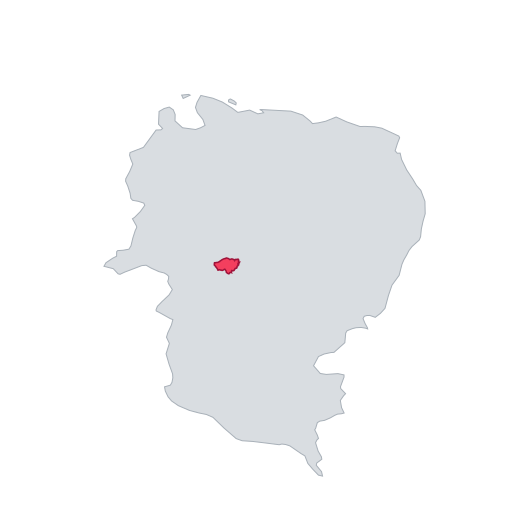 Chamkar Leu, Kâmpóng Cham, Cambodia shown in context, rotated 117°
{"feature_id": "14789045B22200339041976", "entity_name": "Chamkar Leu", "entity_type": "district", "adm_level": 2, "iso_a3": "KHM", "parent_name": "Cambodia", "parent_adm1": "Kâmpóng Cham", "projection": "robinson", "projection_center": [105.255, 12.251], "detail": "fine", "context": "in_parent", "style": "filled", "palette": "rose", "viewbox_px": 512, "rotation_deg": 117, "n_neighbors": 0, "source": "geoboundaries", "source_scale": "gbopen_adm2", "svg_char_len": 6125}
<svg xmlns="http://www.w3.org/2000/svg" viewBox="0 0 512 512"><g transform="rotate(117 256 256)"><path d="M421.9,96.8L422.9,100.9L420.2,108.6L417.3,115.6L411.9,121.7L411.6,126.2L409.8,139.7L410.5,144.0L411.8,147.6L413.6,149.6L418.3,162.7L422.7,174.7L426.9,184.5L427.7,190.8L423.8,206.5L419.3,221.0L419.7,228.2L421.7,235.4L423.8,245.0L424.6,257.3L423.5,265.4L421.4,270.4L417.5,275.5L414.1,278.1L410.0,273.7L406.7,273.5L402.3,274.8L398.9,276.8L391.8,284.4L384.0,291.7L373.2,293.5L369.0,298.9L364.5,299.7L356.0,300.0L350.4,301.2L350.7,303.9L350.2,316.8L350.3,319.8L349.5,320.6L345.6,321.0L339.1,319.0L330.2,315.8L323.9,315.3L320.6,320.9L318.7,323.1L316.3,323.5L313.8,324.5L313.0,327.0L312.8,330.1L314.0,335.4L314.4,343.9L314.1,349.7L316.4,353.4L330.0,365.7L334.0,368.8L334.5,370.7L332.1,377.4L334.2,386.8L330.0,386.6L322.9,382.6L319.5,380.1L315.4,382.1L314.0,381.7L311.2,377.0L307.6,372.3L303.8,372.0L295.9,373.9L287.9,375.2L284.8,375.2L283.6,376.0L278.9,383.0L276.9,381.8L268.8,379.2L261.4,378.1L259.8,380.0L260.7,385.7L262.4,391.3L261.4,393.7L257.3,396.6L251.9,402.0L248.6,406.1L246.3,407.1L238.1,406.9L230.0,407.5L226.7,411.4L223.6,414.4L221.0,415.2L210.3,405.6L189.1,402.2L186.8,398.0L184.8,397.1L182.8,402.7L171.2,408.0L166.3,404.8L162.7,400.9L163.3,396.1L166.6,392.3L172.4,389.5L175.1,379.7L170.7,367.2L166.9,363.6L162.8,360.7L158.5,365.3L154.9,373.3L151.1,377.4L145.8,378.3L138.0,378.0L135.0,366.1L134.1,355.9L135.1,344.3L136.3,337.4L128.9,327.9L128.5,318.9L124.9,314.2L123.8,316.6L123.9,319.2L122.9,317.3L111.1,290.7L109.2,278.4L111.2,269.0L112.4,265.8L109.0,260.8L104.3,255.1L95.8,247.7L95.3,236.0L93.4,222.1L90.9,217.4L87.0,208.9L85.0,201.9L84.3,183.2L85.4,181.7L91.4,181.1L99.1,179.8L100.3,176.8L98.9,174.3L103.9,170.1L110.9,160.8L116.4,151.1L120.3,145.0L122.7,138.9L130.6,130.3L141.6,124.4L149.0,123.0L156.7,121.0L164.1,118.1L167.6,117.8L176.8,121.3L181.7,122.2L186.9,122.2L192.3,122.5L197.1,122.2L208.3,119.7L220.2,121.6L230.9,120.1L244.1,117.3L250.6,119.1L256.5,121.9L257.3,127.6L258.7,130.2L260.6,132.2L263.2,132.2L266.6,128.2L269.4,124.1L270.3,123.4L270.5,125.4L271.9,129.8L274.4,134.2L276.9,137.1L281.2,140.9L283.9,141.1L292.9,137.5L306.5,142.8L308.0,145.4L312.4,150.8L317.2,154.7L327.7,154.9L331.5,145.4L329.6,139.6L323.6,129.6L322.0,123.6L323.9,122.6L334.1,121.4L335.7,120.3L338.0,113.7L340.7,114.5L346.4,115.3L352.3,110.9L355.9,106.2L357.8,108.3L359.9,111.6L362.2,113.5L366.5,116.3L371.3,120.3L374.2,124.2L376.6,125.7L382.6,124.6L384.2,124.8L387.7,120.1L390.2,117.5L392.3,118.2L395.3,118.2L401.6,112.1L405.2,106.6L407.2,105.1L412.9,107.9L415.1,107.3L418.4,99.7L421.9,96.8ZM131.1,350.4L129.9,351.1L128.8,351.1L127.7,350.0L127.8,345.7L128.6,343.1L130.5,342.6L131.1,350.4ZM148.7,392.4L146.4,395.3L142.6,389.4L142.6,387.7L148.7,392.4Z" fill="#d9dde1" stroke="#a8b0b8" stroke-width="1"/><path d="M281.9,270.4L281.8,270.5L281.7,270.5L281.4,270.7L281.3,270.8L281.1,270.9L280.9,270.9L280.7,270.9L280.4,271.0L280.3,270.9L280.2,270.9L279.9,270.9L279.9,270.7L279.8,270.4L279.9,270.2L279.8,269.9L279.7,269.8L279.6,269.7L279.4,269.7L279.2,269.6L279.1,269.3L279.0,269.1L278.8,269.0L278.7,269.0L278.2,269.0L277.9,269.0L277.7,269.0L277.4,268.9L277.1,268.8L276.8,268.9L276.6,269.0L276.4,268.9L276.3,268.7L276.2,268.6L276.1,268.4L276.0,268.2L275.9,268.0L275.7,267.9L275.4,267.7L275.2,267.8L274.9,267.9L274.5,267.8L274.4,267.9L274.3,268.0L274.0,268.1L273.8,268.2L273.7,268.1L273.4,268.0L273.2,268.0L273.1,267.9L272.8,267.6L272.7,267.6L272.3,267.7L272.2,267.7L272.2,267.9L272.1,268.0L271.9,268.1L271.7,268.2L271.6,268.3L271.4,268.3L271.2,268.3L271.2,268.2L271.1,268.3L271.1,268.2L271.1,268.3L270.9,268.3L270.9,268.2L270.8,268.3L270.7,268.3L270.7,268.2L270.4,268.0L270.1,267.9L270.0,268.0L269.9,268.0L269.7,268.0L269.5,267.7L269.4,267.7L269.2,267.9L269.3,268.0L269.2,268.0L269.3,268.1L269.3,268.3L269.2,268.6L269.1,268.8L269.0,269.0L268.9,269.0L268.7,269.2L268.4,269.2L268.3,269.3L268.2,269.2L268.0,269.3L267.9,269.3L267.7,269.5L267.6,269.8L267.4,269.9L267.3,270.0L267.2,269.9L267.1,270.0L266.9,270.2L266.9,270.3L267.0,270.5L267.1,270.8L267.3,270.9L267.3,271.0L267.5,271.1L267.6,271.3L267.7,271.5L267.8,271.5L268.0,271.6L268.0,271.8L268.0,272.1L268.1,272.3L268.2,272.5L268.3,272.5L268.5,272.7L268.7,272.8L268.8,272.8L269.0,272.9L269.4,272.9L269.5,272.9L269.4,273.0L269.2,273.3L269.2,273.6L269.1,274.0L269.3,274.3L269.5,274.5L269.4,274.7L269.3,274.9L269.3,275.1L269.3,275.3L269.4,275.6L269.6,276.2L269.6,276.3L269.8,276.5L270.0,276.7L270.1,276.8L270.3,277.1L270.7,277.3L270.8,277.4L271.0,277.6L271.1,277.8L270.8,278.9L270.8,279.2L270.8,279.5L270.9,280.1L271.0,280.7L271.1,281.0L271.2,281.4L271.3,281.7L271.5,281.8L271.8,281.9L272.0,282.0L272.3,282.3L272.6,282.8L272.7,283.0L273.1,283.3L273.3,283.5L273.6,283.8L273.9,284.0L274.2,284.2L274.6,284.5L275.0,284.7L275.2,284.9L275.5,285.0L275.8,285.1L276.5,285.6L276.8,285.8L277.1,285.8L277.4,285.8L277.6,286.0L277.8,286.2L278.2,286.5L278.4,286.7L278.7,286.8L278.9,286.9L279.1,287.2L279.3,287.6L279.5,287.9L279.9,288.5L280.2,288.9L280.6,289.4L280.8,289.9L281.0,289.9L281.3,289.9L281.5,289.5L281.8,289.5L282.0,289.4L282.3,289.3L282.7,289.2L282.9,289.2L283.0,288.9L283.1,288.4L283.2,288.2L283.3,288.0L283.4,287.6L283.5,287.4L283.8,287.3L283.9,287.2L283.9,286.9L284.0,286.6L284.1,286.3L284.2,286.1L284.3,285.9L284.5,285.6L284.6,285.3L284.8,284.9L284.9,284.7L285.0,284.6L285.6,283.9L285.9,283.5L285.7,283.2L285.5,282.9L285.4,282.9L285.2,282.9L285.0,282.6L284.9,282.5L284.9,282.4L284.8,282.2L284.7,282.0L284.7,281.9L284.8,281.7L284.7,281.2L284.5,280.9L284.4,280.6L284.3,280.3L284.3,279.9L284.3,279.7L284.1,279.5L284.0,279.3L283.8,279.1L283.7,279.0L283.4,278.8L283.2,278.7L282.9,278.5L282.7,278.4L282.4,278.3L282.3,278.2L282.0,277.9L281.9,277.8L281.9,277.7L282.0,277.4L282.2,277.2L282.4,276.9L282.6,276.5L282.6,276.3L282.8,276.1L283.0,275.8L283.1,275.7L284.0,275.0L284.1,274.9L284.1,274.6L284.2,274.1L284.3,273.9L284.3,273.7L284.4,273.4L284.3,272.9L284.3,272.4L284.2,272.2L284.0,271.9L283.8,271.9L283.7,271.9L283.3,271.9L283.1,271.9L282.9,271.8L282.7,271.8L282.6,271.6L282.4,271.2L282.1,270.9L282.0,270.7L281.9,270.6L281.9,270.4Z" fill="#f43f5e" stroke="#9f1239" stroke-width="1.5"/></g></svg>